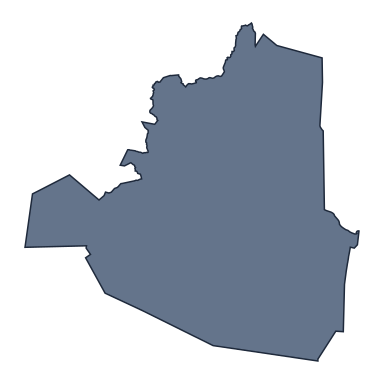 Santiago Laollaga, Oaxaca, Mexico (Mercator projection)
{"feature_id": "50627088B88558586177583", "entity_name": "Santiago Laollaga", "entity_type": "district", "adm_level": 2, "iso_a3": "MEX", "parent_name": "Mexico", "parent_adm1": "Oaxaca", "projection": "mercator", "projection_center": [-95.271, 16.634], "detail": "fine", "context": "isolated", "style": "filled", "palette": "slate", "viewbox_px": 384, "rotation_deg": 0, "n_neighbors": 0, "source": "geoboundaries", "source_scale": "gbopen_adm2", "svg_char_len": 4010}
<svg xmlns="http://www.w3.org/2000/svg" viewBox="0 0 384 384"><path d="M263.4,34.3L255.4,46.3L255.1,44.8L255.4,33.3L254.9,32.0L254.0,31.4L253.5,30.4L253.0,29.2L252.4,28.1L252.8,27.2L252.4,25.8L252.2,24.9L252.0,23.9L251.4,23.0L249.8,24.3L248.6,24.9L247.6,25.8L246.2,25.6L245.6,25.1L244.7,25.5L243.2,25.8L242.5,26.0L241.6,26.0L241.3,27.0L241.6,28.5L241.1,29.1L240.2,29.5L240.0,30.5L239.4,31.4L238.6,32.0L238.0,32.4L238.0,33.0L237.6,34.0L237.6,34.8L237.4,35.0L236.8,35.5L236.0,35.7L236.2,37.1L236.4,38.5L236.0,39.3L235.8,41.3L235.6,43.3L235.6,44.7L235.6,45.7L235.1,47.1L234.2,47.7L234.0,49.0L234.3,50.5L233.5,51.5L232.0,51.5L231.9,53.9L230.7,54.8L230.8,56.2L230.2,57.3L229.1,57.6L227.9,57.2L227.0,57.9L227.5,58.9L227.4,59.7L226.4,59.8L225.7,60.1L225.5,61.0L225.4,62.2L223.6,66.5L223.2,67.9L223.5,69.3L224.0,70.2L224.4,71.8L223.3,73.4L221.6,76.0L220.7,76.4L219.3,76.2L218.2,75.8L216.7,76.1L215.5,76.7L214.0,77.9L212.6,78.3L211.0,77.9L209.9,77.6L208.9,77.8L207.8,78.6L206.1,79.1L204.0,78.9L201.8,78.1L200.2,77.9L198.7,78.8L197.5,79.7L196.1,79.9L195.6,80.7L195.6,81.3L196.3,81.9L196.3,82.7L195.3,83.0L194.1,83.4L192.8,83.7L191.5,84.0L190.2,83.7L188.5,83.7L187.2,84.8L185.7,86.9L184.9,86.1L183.2,84.7L183.2,83.9L182.2,83.5L181.0,82.7L181.7,81.7L181.1,79.6L180.8,78.7L179.9,77.6L178.8,76.3L178.6,74.9L171.1,75.6L170.2,75.5L163.4,77.7L159.8,82.2L159.0,82.1L158.4,82.3L157.7,81.5L157.2,81.4L156.8,81.8L156.1,81.8L155.6,82.5L155.5,83.1L154.5,83.6L154.3,84.6L154.1,84.9L153.0,85.2L153.1,85.7L152.9,86.3L152.7,86.8L152.4,86.9L152.3,87.4L153.1,88.2L153.7,88.3L154.3,89.5L154.0,90.2L153.2,90.6L153.2,91.4L153.6,92.3L153.6,93.0L153.2,93.6L153.2,94.8L152.8,95.3L152.8,95.9L152.3,96.8L151.8,97.0L151.1,97.9L150.5,98.3L150.6,98.8L151.4,99.3L152.5,99.6L152.8,99.8L153.0,100.8L153.0,101.9L153.0,103.0L153.1,104.3L153.4,105.2L153.5,105.8L153.1,106.7L152.5,107.6L151.7,108.6L151.2,109.1L150.1,110.2L149.8,111.1L149.9,112.3L150.5,113.1L151.9,113.6L152.6,114.3L153.8,114.9L154.9,116.2L155.5,116.6L156.4,117.0L156.8,118.0L157.0,118.8L157.0,119.8L157.8,120.4L154.7,124.3L142.0,121.9L144.9,127.5L148.2,130.3L148.1,133.1L147.4,133.9L147.1,136.3L146.9,137.1L146.7,138.1L146.5,138.5L146.0,139.6L145.8,141.0L145.9,142.2L146.7,143.0L146.5,144.4L146.9,145.1L147.0,145.9L146.9,146.5L146.7,147.1L146.8,147.7L146.9,148.3L147.3,149.0L147.6,150.0L148.0,150.6L148.1,151.0L148.1,151.6L148.0,152.4L147.5,152.5L146.8,152.4L146.2,152.4L145.8,152.7L144.8,152.8L144.1,152.6L143.5,153.0L142.7,153.3L141.8,152.8L140.7,152.3L139.8,152.2L138.6,152.1L138.0,151.7L137.3,151.5L136.0,151.3L135.2,150.8L133.8,150.6L131.2,150.2L130.0,150.1L129.0,149.7L127.7,149.8L120.2,165.2L124.5,165.9L130.8,162.7L132.2,163.8L133.3,164.7L134.0,165.0L134.5,165.4L134.7,166.1L134.8,166.8L135.5,167.6L134.9,168.6L135.3,169.6L135.2,171.0L136.6,171.2L137.4,172.3L137.7,173.4L139.3,173.9L140.4,174.2L140.8,175.5L141.1,176.4L141.4,177.9L141.6,178.9L140.8,179.0L139.3,179.5L137.8,180.4L136.0,180.2L134.7,180.8L122.0,183.5L120.9,183.6L119.0,185.7L118.4,186.5L117.2,187.5L115.3,188.2L114.5,188.5L111.3,192.2L108.9,193.0L105.5,192.1L104.1,195.6L99.0,200.0L86.2,189.1L69.5,174.9L38.8,190.7L32.5,193.9L25.0,247.3L86.5,245.8L86.1,248.1L90.5,254.4L85.6,257.8L105.1,293.2L142.6,310.7L192.7,335.5L213.1,345.6L317.9,361.0L317.9,359.1L335.8,331.2L343.3,331.7L344.5,284.3L345.9,273.8L346.2,271.4L346.6,268.9L347.1,265.8L347.5,263.2L347.6,262.9L348.0,260.6L348.3,258.7L348.4,258.2L348.6,256.4L348.9,255.0L349.5,251.9L349.9,249.6L350.3,247.2L351.3,247.4L354.3,248.1L357.4,244.8L359.0,231.0L358.6,230.9L357.9,230.9L356.9,231.4L356.3,232.5L356.9,233.6L356.3,233.9L354.8,234.0L351.6,232.8L350.0,232.0L347.9,230.4L345.8,229.7L343.8,228.4L342.8,227.7L341.2,226.5L340.6,225.7L340.3,225.3L339.5,224.4L339.4,223.3L339.2,222.1L338.6,220.6L337.3,219.0L335.3,216.7L334.6,215.9L334.0,214.3L333.0,213.3L331.4,212.3L329.8,211.7L327.3,210.9L325.7,210.3L324.4,209.6L323.2,130.9L322.0,129.7L320.2,126.9L319.9,125.6L322.5,82.3L322.1,57.9L276.8,45.5L263.4,34.3Z" fill="#64748b" stroke="#1e293b" stroke-width="1.5"/></svg>